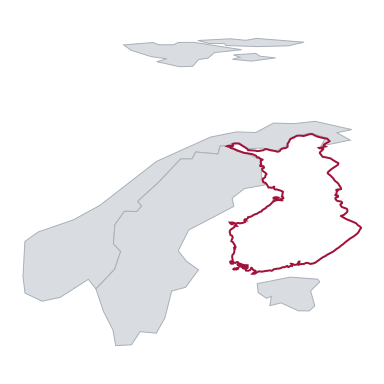 Finland shown with its bordering countries
{"feature_id": "FIN", "entity_name": "Finland", "entity_type": "country or territory", "adm_level": 0, "iso_a3": "FIN", "parent_name": "Europe", "parent_adm1": "", "projection": "equal_earth", "projection_center": [24.864, 64.94], "detail": "fine", "context": "with_neighbors", "style": "outline", "palette": "rose", "viewbox_px": 384, "rotation_deg": 0, "n_neighbors": 3, "source": "natural_earth", "source_scale": "50m", "svg_char_len": 7799}
<svg xmlns="http://www.w3.org/2000/svg" viewBox="0 0 384 384"><path d="M173.7,44.7L178.0,42.5L193.6,42.3L241.6,49.7L214.5,52.6L208.1,58.1L198.5,59.6L192.7,66.3L179.5,66.7L156.8,61.7L166.9,58.8L151.1,56.6L131.1,50.3L123.7,44.9L153.1,42.5L158.6,44.8L173.7,44.7ZM350.2,140.1L321.0,146.0L325.6,137.6L310.5,133.0L292.5,136.9L286.8,145.6L275.6,151.0L262.9,148.1L247.5,148.7L234.6,142.3L227.4,145.5L220.1,146.0L218.0,154.0L195.7,152.0L192.1,158.9L180.7,158.9L158.6,182.3L137.7,201.3L141.7,206.0L136.8,211.5L124.5,211.3L114.9,224.6L113.4,243.9L120.7,251.5L114.6,269.3L95.9,288.9L88.3,279.3L60.1,297.4L42.0,301.2L25.0,293.1L23.0,276.3L24.9,241.4L38.1,232.0L73.2,219.9L99.8,205.4L156.5,161.4L210.7,137.0L236.5,131.9L255.7,132.5L273.4,123.1L294.5,123.6L315.1,121.3L351.7,129.6L336.9,132.7L350.2,140.1ZM304.1,42.2L288.4,45.8L257.5,46.6L226.1,45.5L224.4,43.6L209.1,43.5L197.8,40.5L230.5,38.8L245.8,40.3L256.6,38.4L304.1,42.2ZM275.6,57.9L251.4,61.1L232.4,59.3L239.9,57.3L233.5,54.9L255.8,53.4L260.0,56.2L275.6,57.9Z" fill="#d9dde1" stroke="#a8b0b8" stroke-width="1"/><path d="M95.9,288.9L114.6,269.3L120.7,251.5L113.4,243.9L114.9,224.6L124.5,211.3L136.8,211.5L141.7,206.0L137.7,201.3L158.6,182.3L180.7,158.9L192.1,158.9L195.7,152.0L218.0,154.0L220.1,146.0L227.4,145.5L261.3,159.9L261.4,179.6L265.4,184.8L244.4,188.6L232.2,198.0L233.8,206.4L188.7,230.0L178.2,250.8L186.6,261.4L198.5,269.8L185.6,287.3L171.7,291.0L164.9,317.9L156.3,333.2L140.1,331.6L131.5,344.8L115.7,345.6L112.9,329.9L103.5,311.4L95.9,288.9Z" fill="#d9dde1" stroke="#a8b0b8" stroke-width="1"/><path d="M317.7,279.2L319.7,281.9L310.6,290.9L314.8,305.8L309.3,310.9L298.3,310.8L281.1,302.9L269.8,305.7L271.4,296.3L266.5,298.3L258.2,292.7L257.2,283.7L290.1,277.1L317.7,279.2Z" fill="#d9dde1" stroke="#a8b0b8" stroke-width="1"/><path d="M268.5,187.5L267.2,185.0L266.5,184.1L265.5,182.9L263.6,182.3L263.2,182.0L263.0,181.5L262.9,180.8L262.7,179.8L262.8,179.0L263.0,178.5L263.8,178.2L265.0,177.3L265.3,176.6L265.4,175.6L265.9,174.7L266.5,174.2L266.4,173.9L266.0,173.4L265.1,172.6L263.8,171.7L262.8,170.9L262.4,170.1L262.2,169.4L262.2,168.8L262.6,168.3L263.9,167.8L264.0,167.5L263.5,166.3L262.7,166.1L260.4,166.0L260.2,165.9L260.2,165.6L260.3,165.1L261.2,164.2L261.3,163.9L260.8,162.9L260.7,161.6L260.8,160.6L262.4,159.9L262.5,159.6L260.5,158.8L259.1,157.9L258.7,157.4L257.1,157.4L256.1,155.8L253.2,154.5L252.4,154.2L247.4,153.3L245.5,153.1L243.1,152.6L241.4,151.9L239.9,151.5L238.7,151.0L236.9,150.5L236.4,150.1L234.5,149.3L233.6,148.8L230.5,147.9L230.4,147.5L230.4,147.1L227.1,146.3L227.8,145.9L230.3,145.9L232.3,146.2L232.8,146.1L233.1,145.8L232.3,144.5L232.4,144.2L233.4,143.8L234.8,143.5L237.1,143.4L238.7,143.5L239.0,143.5L241.3,144.9L243.2,146.3L244.3,146.8L246.8,148.5L247.8,149.5L248.1,150.2L249.2,150.2L255.9,150.7L256.7,151.1L258.9,151.0L260.5,150.7L263.4,150.2L265.2,149.1L266.9,149.2L270.8,150.3L275.2,151.0L276.4,151.5L278.0,151.7L279.7,151.1L280.7,149.6L281.6,148.9L282.9,148.4L284.4,148.2L285.5,148.1L286.3,147.7L287.5,146.9L287.7,145.8L287.5,144.0L287.7,143.3L288.7,142.3L289.9,139.7L290.5,138.9L291.2,138.5L292.2,138.2L294.0,137.4L296.5,135.9L297.2,135.7L299.0,135.6L301.3,135.7L303.3,136.0L303.5,136.0L304.4,135.8L306.1,135.3L308.9,134.4L310.7,134.1L312.4,134.1L314.2,135.2L316.9,136.4L318.5,136.9L323.1,138.0L327.2,138.7L329.5,141.1L328.4,142.0L327.9,142.3L326.0,143.3L323.9,144.6L323.8,145.3L324.5,146.0L325.4,146.5L320.8,147.6L319.0,147.9L319.5,148.3L322.4,148.4L322.9,148.5L323.2,148.7L323.3,149.0L323.0,149.5L319.9,152.4L319.8,153.0L321.0,154.7L322.5,156.7L330.4,158.3L332.7,159.9L336.3,162.1L338.2,163.0L338.4,163.2L337.9,164.8L335.7,166.3L333.6,167.6L331.4,169.2L329.8,170.5L328.0,172.1L327.8,172.7L327.7,173.2L328.1,173.7L330.6,175.7L332.8,177.9L333.8,179.1L334.4,180.2L335.4,181.2L337.1,182.5L338.4,183.7L338.8,184.6L340.8,187.7L341.0,188.5L341.0,189.1L340.2,189.3L338.4,189.4L336.5,189.8L336.4,189.9L337.7,190.6L336.6,191.9L336.5,193.8L335.4,194.8L335.3,195.0L335.6,195.3L337.8,195.6L338.0,195.8L338.0,196.4L337.9,196.9L336.8,197.3L335.6,197.8L335.4,198.3L335.4,198.8L335.9,199.6L336.7,200.5L337.7,201.0L341.3,201.6L341.8,202.0L342.0,202.6L342.0,203.2L340.4,204.4L340.4,204.9L341.1,206.0L342.0,207.1L345.6,208.3L346.8,208.9L347.2,209.4L347.4,210.2L347.4,211.1L347.2,211.9L346.1,213.0L343.7,215.0L341.1,215.8L341.0,216.0L341.8,216.6L346.5,219.2L353.6,222.1L356.3,223.4L357.1,224.4L358.3,225.5L359.6,226.3L360.6,227.1L361.0,227.6L361.0,228.1L359.8,229.7L359.2,230.9L358.1,232.7L356.9,233.9L353.9,236.2L349.3,239.1L348.3,240.0L346.2,241.5L342.6,244.6L341.6,245.2L338.6,247.7L337.2,248.5L336.2,249.2L333.2,251.6L326.7,255.0L325.8,255.8L322.6,257.4L314.9,262.9L314.4,262.9L313.2,263.5L311.4,263.6L310.6,264.0L307.7,262.9L307.2,262.8L305.6,263.1L304.0,263.9L301.0,264.1L299.6,264.4L298.6,264.8L298.4,263.9L298.8,262.7L299.5,262.0L299.5,261.5L299.0,261.5L298.1,262.7L297.6,263.9L296.6,264.6L294.4,264.9L292.2,263.8L291.2,263.8L291.8,264.6L292.3,265.4L292.2,265.9L291.1,265.8L289.8,266.3L288.6,267.0L288.1,267.0L287.3,266.0L285.9,266.5L284.7,267.1L282.3,267.3L280.9,268.1L278.3,268.7L276.9,268.7L273.7,269.3L272.6,270.4L271.7,270.8L270.3,270.4L266.2,270.9L262.3,271.6L260.6,271.6L259.0,271.3L257.2,272.2L255.3,273.5L253.2,273.9L252.4,273.8L253.1,273.1L254.4,272.4L255.4,271.5L255.5,270.8L254.9,270.5L254.0,270.4L252.9,269.6L251.9,267.9L251.3,267.8L251.0,268.2L250.6,269.5L250.3,269.9L249.0,270.5L248.4,270.7L246.0,270.6L245.7,270.0L245.7,269.7L246.2,268.8L245.8,268.7L246.2,268.0L246.7,268.0L247.4,267.9L247.7,267.6L247.7,267.2L246.8,267.1L246.7,266.8L247.6,265.6L247.7,265.3L247.4,265.2L246.9,265.3L243.5,265.0L239.3,263.4L238.3,263.4L237.7,262.0L236.7,262.2L235.2,263.0L234.1,262.4L233.0,262.0L232.7,261.4L232.7,260.5L232.6,259.4L232.3,258.1L232.2,256.4L232.4,255.0L233.4,254.0L233.8,253.3L234.3,251.7L234.4,249.7L234.2,249.1L234.3,248.6L235.0,248.6L234.9,248.2L234.5,248.0L234.2,247.6L234.5,247.4L235.4,247.4L235.6,247.0L234.9,245.9L234.9,245.4L233.9,243.8L232.9,242.2L231.3,241.1L231.9,239.3L232.7,237.7L232.5,236.9L232.3,236.0L230.4,234.9L230.1,233.5L229.7,231.9L229.9,230.9L230.2,230.2L230.9,229.5L234.3,227.2L234.5,226.0L236.8,225.9L235.8,224.8L235.5,224.2L235.5,223.5L238.7,223.0L239.9,223.4L242.7,222.9L245.2,222.0L245.2,221.5L244.8,221.0L244.3,220.2L244.7,219.9L245.6,220.1L245.2,219.7L245.3,219.2L246.3,219.4L247.9,218.1L248.0,217.2L250.8,216.7L254.1,214.7L255.6,214.1L257.0,213.7L260.1,211.7L261.4,211.6L262.1,210.3L264.7,208.6L265.5,208.4L266.7,206.8L269.9,205.0L271.9,202.8L273.0,202.0L273.3,201.1L274.5,201.0L275.7,200.4L278.1,200.0L280.4,200.1L281.4,200.4L282.3,200.3L282.2,199.5L281.6,199.0L282.1,198.6L283.3,198.2L283.2,197.5L282.9,197.0L281.9,196.4L282.4,195.1L282.5,193.6L283.0,191.9L281.7,191.0L276.8,189.4L275.9,189.5L274.8,189.3L273.6,188.1L274.2,187.1L274.2,186.8L273.8,186.8L273.1,187.3L271.5,187.8L269.5,187.4L268.5,187.5ZM242.4,265.4L244.0,265.8L244.7,265.6L245.5,266.4L244.1,266.9L244.0,267.6L244.6,268.0L244.7,268.5L243.4,268.5L242.8,268.1L242.5,267.5L241.9,267.0L241.1,266.7L241.5,266.3L241.8,265.6L242.4,265.4ZM276.9,198.5L275.1,198.9L273.6,198.7L273.6,197.8L274.5,197.4L276.1,197.2L278.4,197.6L278.7,197.8L277.4,198.0L276.9,198.5ZM231.4,223.0L231.5,223.2L232.3,223.2L233.3,222.7L234.0,222.9L233.9,223.6L233.4,223.6L232.6,223.9L232.5,224.1L231.8,224.3L230.5,223.6L229.8,222.5L231.7,222.5L231.4,223.0ZM233.1,263.0L232.9,263.7L232.1,263.6L231.2,263.7L230.5,263.0L230.1,261.9L230.3,261.6L230.8,261.3L231.2,262.0L233.1,263.0ZM240.1,265.9L239.1,266.0L237.8,265.2L237.7,264.9L238.2,264.8L237.8,264.2L238.0,263.9L239.0,264.4L239.5,264.9L239.0,265.1L239.9,265.6L240.1,265.9ZM237.9,268.9L236.6,269.5L236.1,269.3L236.3,268.4L237.0,268.0L238.3,268.0L237.9,268.9ZM235.2,269.4L234.1,269.6L233.4,269.1L233.7,268.8L234.5,268.4L235.3,268.5L235.5,268.9L235.2,269.4Z" fill="none" stroke="#9f1239" stroke-width="2"/></svg>